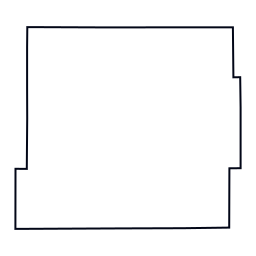 the district of Henry, Indiana, United States of America
{"feature_id": "52423323B38400946045463", "entity_name": "Henry", "entity_type": "district", "adm_level": 2, "iso_a3": "USA", "parent_name": "United States of America", "parent_adm1": "Indiana", "projection": "robinson", "projection_center": [-85.404, 39.932], "detail": "fine", "context": "isolated", "style": "outline", "palette": "ink", "viewbox_px": 256, "rotation_deg": 0, "n_neighbors": 0, "source": "geoboundaries", "source_scale": "gbopen_adm2", "svg_char_len": 327}
<svg xmlns="http://www.w3.org/2000/svg" viewBox="0 0 256 256"><path d="M27.3,27.1L27.1,47.3L27.1,87.2L27.2,118.1L26.8,168.9L15.5,168.8L15.4,228.9L122.2,228.4L183.4,228.2L229.2,227.6L229.4,168.3L240.6,168.2L240.6,107.7L240.2,77.2L233.4,77.3L232.9,27.3L103.2,27.4L27.3,27.1Z" fill="none" stroke="#020617" stroke-width="2"/></svg>